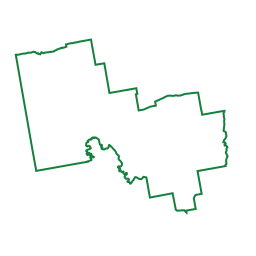 Loxton Waikerie, South Australia, Australia (Robinson projection), rotated 170°
{"feature_id": "25037944B91781040485830", "entity_name": "Loxton Waikerie", "entity_type": "district", "adm_level": 2, "iso_a3": "AUS", "parent_name": "Australia", "parent_adm1": "South Australia", "projection": "robinson", "projection_center": [140.079, -34.476], "detail": "fine", "context": "isolated", "style": "outline", "palette": "green", "viewbox_px": 256, "rotation_deg": 170, "n_neighbors": 0, "source": "geoboundaries", "source_scale": "gbopen_adm2", "svg_char_len": 5738}
<svg xmlns="http://www.w3.org/2000/svg" viewBox="0 0 256 256"><g transform="rotate(170 128 128)"><path d="M225.8,101.7L185.3,101.8L173.5,101.8L173.6,102.1L173.4,102.2L173.0,102.1L172.6,102.1L170.9,102.6L170.1,102.6L169.7,102.7L169.5,102.9L169.4,103.4L169.5,103.8L170.3,105.1L170.3,105.4L170.2,105.6L169.9,105.8L169.6,105.8L168.6,105.7L168.1,105.5L167.1,105.0L166.8,105.2L166.7,105.6L166.9,105.8L167.7,106.1L168.2,106.4L168.4,106.7L168.5,107.0L168.8,107.4L169.2,107.5L170.0,107.3L170.3,107.5L170.4,107.8L170.3,108.0L168.8,108.2L168.6,108.3L168.5,108.5L168.7,109.0L169.1,109.1L169.7,108.8L170.0,108.7L170.1,108.8L170.4,109.3L170.5,109.5L170.5,110.1L170.6,110.3L170.9,110.4L171.2,110.3L171.6,108.8L172.0,108.6L172.5,108.5L173.0,108.9L173.1,109.2L173.2,109.6L173.2,110.0L172.4,110.9L172.4,111.2L172.4,111.7L172.6,112.0L173.1,112.4L173.1,112.6L172.7,113.3L172.3,113.5L170.4,113.7L169.7,114.0L168.9,114.1L168.4,114.3L168.2,114.5L168.1,114.8L168.2,115.2L168.7,115.6L168.8,115.9L168.7,116.5L168.8,116.7L169.0,116.9L169.4,117.2L170.2,117.3L170.8,117.2L171.4,116.9L171.9,117.3L172.2,117.8L172.3,118.0L172.1,118.4L171.9,119.8L171.4,120.6L171.2,120.8L170.6,121.0L170.0,121.0L169.6,121.2L169.4,121.5L169.4,121.9L169.7,122.4L168.6,123.1L168.2,123.3L167.4,123.2L166.9,123.1L166.5,123.0L166.1,123.0L165.8,123.2L165.8,123.4L166.0,124.1L164.9,124.6L164.5,124.6L164.2,124.6L163.9,124.4L163.4,123.9L163.0,123.9L163.0,124.1L163.1,124.6L161.9,124.4L161.5,124.2L161.0,123.9L160.2,123.1L159.2,122.2L159.0,121.9L158.8,121.6L158.7,120.9L158.6,118.8L158.7,117.2L158.6,116.8L158.4,116.4L158.2,116.2L157.1,116.1L156.9,115.9L156.7,115.6L156.7,115.4L156.8,115.1L157.0,114.8L157.6,114.5L157.7,114.3L157.7,113.9L157.5,113.7L156.9,113.5L156.7,113.3L156.6,113.1L156.7,112.9L156.8,112.9L157.3,112.8L157.4,112.7L157.5,112.5L157.6,112.2L157.4,112.1L156.6,111.5L156.0,111.2L155.5,111.0L155.0,111.0L154.7,111.1L153.5,111.7L153.2,111.7L152.0,111.4L151.7,111.5L151.1,111.8L150.6,112.3L150.3,112.9L150.0,113.9L149.8,114.3L149.6,114.5L149.3,114.5L147.3,112.0L146.1,109.9L144.7,108.0L144.4,107.2L144.1,106.4L143.7,104.5L143.4,104.0L142.9,103.5L142.3,102.7L141.9,102.2L141.9,101.7L141.9,101.3L141.9,101.0L142.5,100.1L142.6,99.7L142.6,98.9L142.3,98.2L141.5,97.3L141.0,96.3L140.2,94.9L140.1,94.4L140.2,93.6L140.6,92.5L140.9,92.0L141.6,91.5L142.1,91.3L142.4,91.3L143.4,91.8L144.0,91.9L144.6,91.4L144.7,91.2L144.6,90.9L144.3,90.3L143.8,89.9L143.1,89.6L142.8,89.2L142.8,88.9L142.9,88.7L143.6,88.5L143.9,88.2L144.1,87.8L144.1,87.3L143.8,86.8L143.4,86.6L143.2,86.6L142.3,86.7L142.1,86.6L141.9,86.1L141.6,85.7L141.3,85.6L141.0,85.6L140.3,85.9L140.1,85.9L140.0,85.7L140.2,85.3L140.4,84.8L140.3,84.2L139.7,83.3L139.6,83.2L138.9,83.2L138.6,83.3L137.9,83.9L137.6,84.0L137.4,84.0L137.1,84.0L137.0,83.8L137.0,83.2L137.2,82.7L137.4,82.6L139.2,81.5L139.6,81.1L139.8,80.6L139.8,80.0L139.7,79.6L139.4,79.2L138.7,78.3L138.4,78.3L136.9,78.2L136.6,78.1L136.3,77.8L136.1,77.5L136.1,77.1L136.3,76.5L136.4,76.3L137.0,75.9L137.6,75.8L137.8,75.7L137.8,75.2L137.7,75.0L137.4,74.8L136.5,74.6L135.9,74.4L135.6,73.8L135.7,73.1L135.5,72.8L135.1,72.8L134.9,72.8L134.7,72.9L132.6,75.2L131.5,75.9L131.0,76.7L130.4,77.2L129.8,78.2L129.6,78.3L128.6,78.1L128.0,77.8L126.3,76.2L125.5,75.8L124.2,75.3L123.7,75.4L122.7,76.0L122.1,76.4L121.3,77.2L121.0,77.2L118.5,76.1L118.5,55.7L95.4,56.0L95.1,39.2L93.9,38.0L87.0,37.3L85.1,34.5L84.6,36.6L75.4,36.5L75.4,47.5L73.2,50.3L66.9,50.4L67.0,73.5L38.5,73.6L38.6,74.3L38.4,74.7L38.2,75.0L37.5,75.3L37.3,75.5L37.1,78.2L36.9,79.2L36.6,80.1L35.5,82.1L34.8,82.9L35.2,84.1L35.4,85.2L35.8,86.1L35.9,86.5L35.9,86.9L35.7,87.4L35.0,88.3L34.7,88.9L34.7,89.2L34.7,90.2L34.6,90.7L34.2,91.1L33.6,91.5L33.4,91.8L33.7,92.5L34.3,93.5L34.8,93.7L35.8,93.9L35.9,94.6L35.8,95.1L35.5,95.5L34.6,95.7L34.8,96.5L35.2,97.1L35.5,97.3L35.8,97.4L36.5,97.5L36.0,98.5L35.6,99.3L34.1,100.5L33.2,101.8L32.8,102.2L32.5,102.9L32.4,103.8L32.5,104.9L32.4,106.0L32.4,106.7L32.5,106.9L32.9,107.4L33.2,107.7L34.1,108.2L34.3,108.4L34.3,108.6L33.8,110.5L33.4,111.4L33.0,113.3L32.5,114.3L32.5,115.2L32.3,116.3L32.2,117.9L31.6,119.5L31.5,120.0L31.7,122.5L31.4,123.9L31.5,125.2L31.2,126.3L30.3,127.2L30.2,127.9L30.1,128.1L32.8,128.2L33.1,128.2L52.6,128.2L52.6,131.0L52.7,131.5L52.6,132.4L52.7,132.8L52.8,134.0L52.8,150.6L54.1,150.9L55.6,151.0L58.8,151.3L61.6,151.3L64.7,151.6L65.1,151.5L67.0,151.5L68.3,151.2L70.1,151.0L70.8,150.8L72.1,151.1L72.9,151.1L73.9,151.4L74.4,151.7L75.2,151.9L76.3,151.9L76.7,151.7L77.2,151.7L77.5,151.8L79.8,152.2L80.4,152.5L80.7,152.5L81.0,152.6L82.5,152.7L82.8,152.9L86.5,152.1L86.9,151.8L96.7,149.3L96.7,145.2L102.0,145.2L109.6,143.4L114.4,143.4L114.4,159.8L113.9,159.9L113.3,159.8L112.9,160.0L112.9,165.7L140.2,165.7L140.1,195.8L149.0,195.9L149.1,221.5L161.1,221.5L162.3,221.3L163.1,221.4L164.2,221.2L164.9,221.4L168.0,221.2L168.4,221.2L169.4,221.4L170.6,221.3L172.6,221.3L173.4,221.0L174.5,221.1L174.5,218.8L175.1,218.7L177.8,218.2L178.3,218.3L178.7,218.5L179.1,218.6L179.4,218.5L179.5,218.3L179.6,218.2L180.1,218.4L180.3,218.4L181.3,218.1L181.5,218.0L182.0,218.0L182.6,217.9L183.4,217.7L184.4,217.6L184.8,217.4L185.0,217.2L186.9,216.8L187.5,216.4L187.7,216.5L188.4,216.3L189.7,216.3L189.9,216.3L190.9,216.3L191.3,216.5L191.5,216.5L193.7,216.4L194.5,216.6L196.2,216.6L196.4,216.7L198.3,216.3L200.1,217.6L201.5,215.9L201.8,216.1L202.2,216.1L202.8,216.1L203.4,216.5L203.7,217.2L204.0,217.0L204.4,217.3L204.6,217.3L205.4,217.9L205.9,218.4L206.1,218.9L206.3,219.0L207.0,219.1L207.4,219.4L207.9,219.6L208.1,219.5L208.3,219.4L209.7,219.2L210.0,219.1L210.5,219.0L211.6,219.2L212.2,219.4L212.8,219.5L213.4,219.4L214.1,219.4L215.3,219.2L216.9,219.3L217.5,219.2L218.4,219.5L219.3,219.5L223.6,219.2L224.7,219.5L225.8,219.6L225.9,121.6L225.8,101.7Z" fill="none" stroke="#15803d" stroke-width="2"/></g></svg>